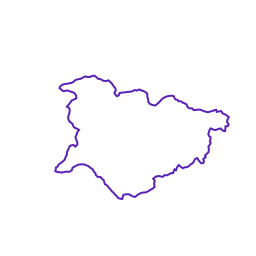 outline of Jacuí, Minas Gerais, Brazil, rotated 49°
{"feature_id": "56859067B14406788913482", "entity_name": "Jacuí", "entity_type": "district", "adm_level": 2, "iso_a3": "BRA", "parent_name": "Brazil", "parent_adm1": "Minas Gerais", "projection": "robinson", "projection_center": [-46.738, -21.024], "detail": "fine", "context": "isolated", "style": "outline", "palette": "violet", "viewbox_px": 256, "rotation_deg": 49, "n_neighbors": 0, "source": "geoboundaries", "source_scale": "gbopen_adm2", "svg_char_len": 3242}
<svg xmlns="http://www.w3.org/2000/svg" viewBox="0 0 256 256"><g transform="rotate(49 128 128)"><path d="M203.9,94.3L202.8,92.3L200.8,91.6L201.0,88.6L199.4,88.1L199.1,85.6L199.1,83.2L197.7,81.5L196.3,80.4L194.9,79.6L194.3,77.4L193.5,75.4L191.7,75.0L190.9,73.4L189.1,71.7L187.3,72.1L185.3,71.4L184.0,69.3L183.0,67.8L182.5,65.9L184.6,64.9L186.7,63.7L187.5,61.9L188.2,60.1L189.2,58.3L190.9,58.4L192.4,58.1L194.0,56.7L192.4,55.0L190.7,53.3L192.1,51.6L191.6,49.9L189.8,49.5L188.3,49.2L187.0,47.5L185.9,44.8L183.8,45.1L181.5,45.8L179.1,47.0L176.3,46.6L175.0,48.8L174.0,50.5L172.2,49.5L171.2,51.0L170.7,52.9L169.7,54.7L168.8,56.8L167.1,58.5L164.9,59.6L163.4,60.6L161.4,61.5L159.7,63.6L158.7,65.3L157.6,66.7L155.3,66.7L153.4,68.8L151.4,69.3L148.7,68.4L146.9,68.9L144.9,70.0L142.6,70.6L140.8,72.4L139.2,72.1L137.9,73.3L136.1,73.4L134.2,72.5L132.4,73.7L130.6,76.2L129.4,78.5L128.8,80.7L128.4,82.7L128.7,85.4L129.0,88.1L129.0,90.6L128.8,92.9L126.5,94.5L124.2,95.7L121.8,95.5L119.5,94.0L118.0,93.4L116.3,92.3L114.5,90.9L112.8,91.2L110.4,92.0L108.6,93.2L106.4,94.1L105.6,96.8L103.8,97.9L103.2,100.6L101.7,103.1L100.1,105.3L98.7,107.4L97.3,109.4L96.1,111.5L97.3,113.6L96.6,115.6L94.4,115.6L92.6,115.3L91.7,112.7L89.7,111.4L87.5,111.5L85.9,111.3L83.8,111.0L81.2,111.2L79.1,111.5L78.4,113.5L76.4,115.5L74.0,116.4L72.4,117.2L71.2,118.3L69.5,118.5L66.7,118.9L65.2,120.8L64.5,123.3L62.9,125.3L61.3,126.1L60.5,127.9L60.2,129.7L59.7,131.8L58.5,133.6L57.3,136.2L57.4,139.1L56.8,141.4L55.6,143.1L54.8,144.8L53.3,146.7L52.3,149.3L52.1,151.8L52.9,153.5L54.6,153.2L56.6,153.1L58.2,152.2L59.1,150.2L60.5,148.6L62.2,147.9L63.9,146.8L65.9,145.6L68.1,145.6L69.7,146.0L71.7,147.5L71.1,149.8L70.3,152.5L71.1,155.4L71.5,157.8L71.8,160.1L74.0,159.4L75.9,159.9L77.6,161.6L79.0,163.6L80.1,165.6L81.9,167.1L84.2,167.9L86.4,167.6L88.6,167.2L90.6,168.1L92.6,168.2L95.1,166.9L97.3,166.2L97.8,168.8L99.3,171.3L100.5,173.7L103.1,174.8L105.7,175.7L107.3,177.2L107.5,180.0L105.7,180.0L104.4,181.2L103.4,183.5L104.5,186.1L105.4,188.2L106.2,190.0L108.0,191.6L109.1,194.5L110.4,196.5L110.5,199.3L110.2,202.6L110.1,204.5L110.9,206.3L110.5,208.2L111.8,209.7L113.0,211.2L115.0,210.1L116.7,208.4L118.3,207.2L119.1,205.5L119.9,204.0L120.9,202.7L122.4,201.3L122.9,199.7L122.9,197.9L121.6,195.8L122.2,192.8L122.9,190.0L124.4,187.5L125.8,186.1L127.2,184.6L129.0,183.8L130.5,183.1L132.4,182.6L134.1,182.3L136.0,181.7L137.5,182.2L139.2,182.4L140.8,182.3L142.3,183.1L144.9,183.0L147.0,180.9L149.6,180.9L151.4,180.6L153.3,181.4L155.1,182.3L156.7,181.6L158.4,181.5L160.4,181.6L162.6,181.5L165.0,181.7L167.4,181.4L169.6,181.4L171.8,181.2L174.3,181.4L176.1,180.4L177.8,178.9L176.5,177.1L175.5,175.1L176.4,173.6L177.7,171.7L179.3,170.4L181.1,169.9L183.1,169.1L184.8,167.7L184.7,164.8L185.3,161.9L186.3,159.3L188.0,157.2L189.0,154.5L189.3,152.1L189.9,149.2L189.9,146.5L188.4,145.7L186.8,144.5L185.4,142.4L182.8,142.2L182.9,139.0L184.4,136.2L186.0,135.1L187.6,133.9L187.6,131.3L189.3,129.6L189.9,127.1L190.5,124.8L191.6,123.4L190.6,121.9L189.8,120.0L191.4,119.6L189.8,116.7L189.2,114.0L192.2,113.6L194.4,112.9L194.9,111.0L196.3,109.0L196.7,106.3L196.5,104.4L197.0,102.6L196.6,100.6L195.4,97.8L196.1,95.5L198.4,95.9L200.6,96.0L202.5,95.9L203.9,94.3Z" fill="none" stroke="#5b21b6" stroke-width="2"/></g></svg>